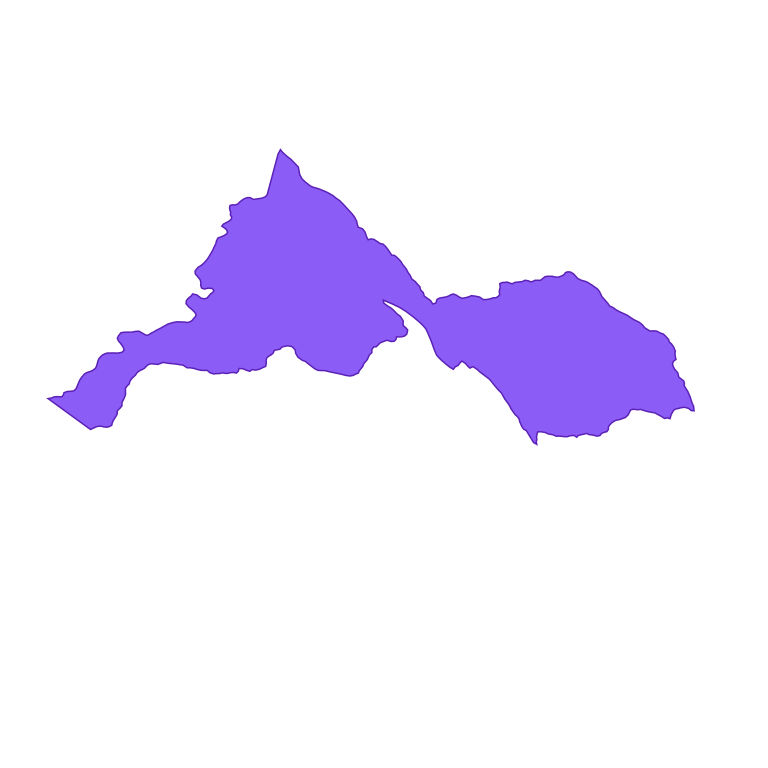 outline of Itacarambi, Minas Gerais, Brazil, rotated 302°
{"feature_id": "56859067B37702825751960", "entity_name": "Itacarambi", "entity_type": "district", "adm_level": 2, "iso_a3": "BRA", "parent_name": "Brazil", "parent_adm1": "Minas Gerais", "projection": "equal_earth", "projection_center": [-44.154, -15.206], "detail": "fine", "context": "isolated", "style": "filled", "palette": "violet", "viewbox_px": 768, "rotation_deg": 302, "n_neighbors": 0, "source": "geoboundaries", "source_scale": "gbopen_adm2", "svg_char_len": 6171}
<svg xmlns="http://www.w3.org/2000/svg" viewBox="0 0 768 768"><g transform="rotate(302 384 384)"><path d="M189.9,159.2L195.0,162.5L196.7,164.0L198.2,166.3L199.3,169.4L200.6,172.0L202.5,173.7L204.7,175.0L206.9,174.2L209.8,173.8L215.7,173.8L217.7,173.4L219.6,172.0L223.8,173.0L226.7,173.3L229.4,171.6L234.8,171.1L238.1,170.4L243.3,167.0L246.3,167.2L249.0,167.9L251.8,167.0L255.3,167.3L259.8,168.5L263.0,168.6L265.7,169.7L268.0,171.2L270.4,172.5L272.4,172.9L275.1,173.6L277.6,175.5L279.1,178.5L280.9,182.0L285.2,185.2L286.3,187.7L287.4,190.4L290.9,197.5L292.2,200.7L293.5,203.5L293.4,208.4L295.1,211.2L296.5,214.6L297.5,218.4L298.5,221.2L300.1,224.2L301.9,226.9L301.3,230.5L302.3,234.3L304.0,236.4L305.7,239.0L307.8,241.1L308.9,243.8L310.3,246.0L312.2,247.7L314.0,250.3L315.1,253.1L317.6,253.7L320.3,252.9L322.2,256.3L322.8,260.2L323.6,263.4L326.4,264.6L327.6,267.5L329.4,269.5L331.6,271.3L333.7,272.5L336.2,274.3L338.8,273.4L341.9,271.4L344.0,270.7L346.5,271.5L348.8,272.8L351.4,273.6L354.5,273.2L358.3,277.3L361.3,277.9L363.2,279.7L365.5,282.3L367.0,286.3L365.8,290.6L363.2,292.9L361.1,296.9L360.8,302.3L361.5,305.4L361.0,309.0L360.2,317.3L360.6,320.9L364.2,327.2L365.2,330.5L369.8,343.0L370.9,346.7L372.7,350.9L375.2,353.5L377.2,354.6L379.7,356.5L382.1,356.0L387.7,356.7L390.1,356.1L395.9,356.9L398.4,356.5L401.3,356.2L404.1,357.1L406.8,355.4L410.0,355.6L411.5,357.7L417.0,359.0L422.6,363.2L423.9,367.7L425.7,370.0L428.1,370.6L430.3,369.6L431.7,371.4L433.2,373.8L435.5,376.0L438.1,376.9L440.3,376.3L442.4,375.4L443.3,372.5L443.8,369.2L447.8,366.7L450.1,361.9L450.3,358.2L451.4,353.9L452.1,350.3L452.1,345.9L452.4,341.1L454.8,339.0L456.4,349.5L456.8,353.3L457.2,356.3L457.2,364.1L456.4,373.5L455.2,381.6L454.2,386.3L453.0,390.1L450.7,393.8L445.7,400.9L439.8,408.4L436.4,413.3L435.3,416.8L434.5,420.6L433.9,424.5L433.1,431.3L433.2,435.0L436.3,435.3L439.0,437.0L441.8,437.2L444.7,437.9L444.6,442.3L443.6,445.4L443.0,448.4L445.9,450.3L445.7,455.7L445.1,458.3L444.0,470.5L443.0,473.9L441.7,477.4L439.6,484.0L438.5,488.5L435.2,494.5L433.0,500.2L431.8,502.5L430.3,504.8L427.5,511.5L427.1,514.1L426.1,516.9L424.1,518.9L422.4,521.3L420.9,523.6L419.7,526.4L419.9,529.4L413.6,541.9L413.8,545.5L415.7,543.7L417.9,543.1L419.8,541.5L422.1,540.5L424.9,539.7L426.8,542.7L428.3,546.4L428.8,550.1L430.4,553.9L431.0,557.9L432.9,560.5L434.5,564.0L436.2,567.1L438.8,569.3L441.1,572.4L441.0,575.7L443.3,576.0L449.3,581.9L449.9,585.1L451.2,587.7L452.7,592.4L454.7,594.4L457.6,594.8L459.4,596.1L461.8,598.3L464.6,598.3L466.6,597.0L468.9,597.1L471.7,597.7L474.9,599.1L477.0,600.8L478.6,602.6L483.4,606.4L487.0,607.4L492.8,606.9L494.9,609.1L496.6,612.8L498.4,615.0L499.3,618.7L500.4,622.4L503.1,629.3L503.2,632.3L503.5,635.9L503.4,640.1L505.5,642.3L506.1,644.9L510.2,643.8L512.8,643.6L515.3,643.6L517.4,644.6L519.1,646.5L521.1,648.3L523.6,651.3L524.7,655.2L524.3,658.7L525.6,661.2L529.3,658.2L530.6,656.1L532.9,653.2L535.3,650.5L538.6,645.7L541.6,639.5L543.8,638.4L545.4,636.6L546.1,630.3L549.1,627.3L550.5,622.8L552.4,619.5L554.3,617.8L556.9,617.5L559.6,618.6L561.5,616.6L563.8,614.7L566.2,613.7L568.7,610.3L570.4,606.5L570.8,603.6L572.5,601.9L573.7,597.7L574.4,594.4L573.7,591.6L573.3,586.9L571.6,584.0L569.9,581.6L569.8,578.3L569.9,575.0L571.0,572.2L571.6,568.1L571.0,562.0L571.0,557.8L571.2,554.9L571.0,552.0L570.1,545.6L569.9,541.8L570.2,537.7L569.7,534.0L571.0,531.1L573.6,522.4L575.4,519.7L576.8,517.3L577.7,514.7L578.1,508.1L578.1,503.7L577.8,500.6L576.6,496.7L576.1,492.6L577.8,486.6L577.8,482.9L576.6,480.5L574.6,478.8L572.2,478.8L569.9,477.5L567.3,475.5L565.7,473.1L564.4,469.4L562.3,466.0L560.4,463.7L554.9,461.8L552.0,457.1L550.1,456.0L548.4,454.4L548.0,451.7L546.7,448.6L544.0,446.9L539.6,441.2L536.9,439.6L536.2,437.0L535.7,434.4L534.1,432.5L532.6,430.3L530.4,429.0L527.7,431.2L523.7,432.6L520.9,434.8L518.7,434.4L516.5,433.2L514.9,430.9L512.3,428.7L510.0,426.2L508.2,423.5L508.4,419.0L506.9,414.9L505.2,411.3L503.0,409.8L500.5,407.5L498.0,404.8L497.6,401.4L497.7,398.4L497.1,395.1L495.1,393.4L493.2,392.4L490.8,390.6L486.5,385.7L483.9,384.1L480.1,385.1L477.7,382.9L479.4,379.3L479.9,371.5L482.3,368.9L483.1,365.3L485.6,362.7L486.3,359.6L487.4,356.3L487.8,351.9L489.9,348.7L491.4,345.2L493.3,342.0L495.3,336.2L496.6,334.0L497.5,331.2L498.2,328.0L498.6,324.6L497.3,322.4L500.2,316.0L501.6,312.0L502.1,308.9L501.1,306.4L501.3,298.9L500.1,296.0L497.9,294.2L499.5,291.4L502.8,287.4L504.2,283.7L503.3,279.0L505.3,276.7L507.5,274.6L510.0,270.5L511.3,267.0L514.8,254.4L516.0,249.3L516.2,244.7L516.7,241.1L516.6,236.8L516.4,233.9L515.0,225.4L513.3,219.5L512.9,216.7L513.6,210.2L514.5,205.8L517.0,201.5L522.6,196.4L525.2,185.9L525.6,181.7L526.2,178.0L526.9,174.6L527.9,172.0L522.9,172.3L482.7,184.6L480.0,184.2L477.0,182.1L471.4,175.6L471.1,171.7L469.8,169.5L467.5,167.6L464.5,166.1L461.5,165.1L459.4,164.7L457.1,163.1L455.5,160.3L453.8,158.8L451.7,159.6L450.0,160.9L448.4,163.0L446.0,164.1L444.9,166.3L442.6,167.2L439.5,166.0L434.5,163.1L431.9,162.8L431.8,165.6L431.5,168.4L430.0,170.8L427.9,171.0L425.1,169.7L422.3,167.8L420.1,165.9L416.9,166.0L414.0,167.0L409.0,167.5L406.6,167.9L398.1,168.1L396.1,168.0L391.1,167.2L387.9,166.2L384.7,164.6L382.1,164.1L379.6,164.0L377.5,165.5L374.9,173.0L372.9,175.0L370.6,176.2L368.7,178.4L369.3,181.3L372.2,184.2L374.0,187.8L373.0,190.3L370.9,190.2L368.6,189.2L363.2,188.4L361.2,186.7L359.8,183.4L360.4,178.3L359.0,174.0L356.2,173.8L354.3,173.0L352.0,172.4L349.7,172.3L347.2,173.6L345.9,177.6L345.3,182.0L344.4,186.0L342.8,188.3L340.5,188.2L338.6,187.8L336.4,187.7L334.0,186.6L332.0,184.7L330.9,182.2L327.3,175.9L324.6,172.7L320.4,169.0L313.6,165.3L308.6,162.3L306.4,161.3L304.1,159.8L300.9,158.3L299.3,156.7L298.9,148.1L296.7,145.1L294.5,142.9L290.4,136.4L288.0,133.7L284.0,133.3L281.5,133.6L279.8,136.0L278.7,139.4L276.9,143.5L274.9,145.7L272.2,145.1L269.3,142.1L266.7,137.7L263.6,132.9L261.7,131.3L259.8,130.1L257.5,129.3L254.5,128.8L252.3,129.1L247.1,130.7L244.4,131.0L241.1,129.7L238.6,128.0L236.3,126.0L233.9,124.7L229.3,124.0L226.1,123.9L216.7,125.4L213.7,124.5L211.7,122.0L209.8,119.4L207.1,117.2L204.7,117.9L202.3,117.5L200.4,114.0L198.3,111.1L196.0,109.5L193.6,106.8L189.9,159.2Z" fill="#8b5cf6" stroke="#5b21b6" stroke-width="1.5"/></g></svg>